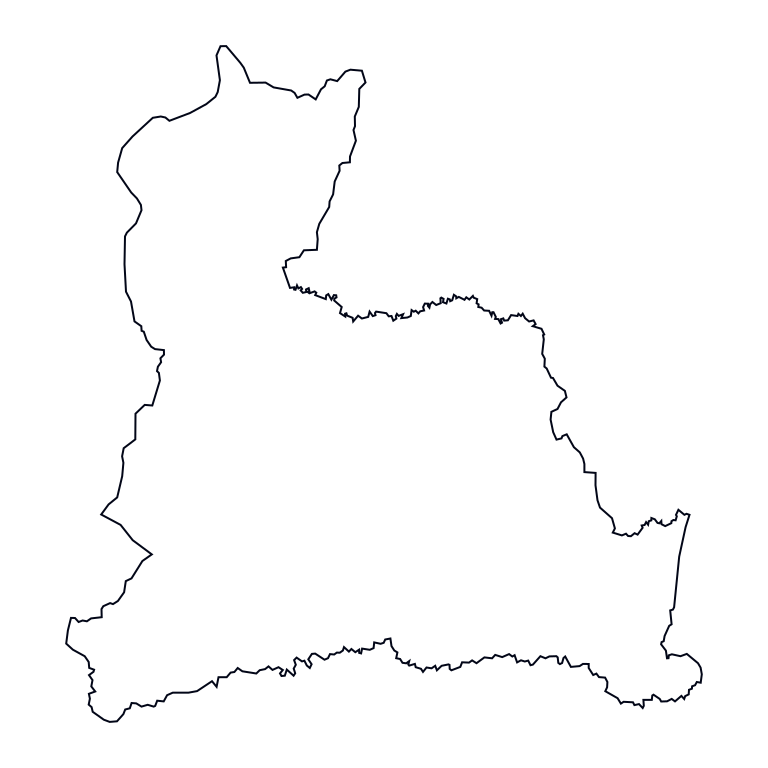 outline of Nong Khayang, Uthai Thani, Thailand
{"feature_id": "78962969B47867684933269", "entity_name": "Nong Khayang", "entity_type": "district", "adm_level": 2, "iso_a3": "THA", "parent_name": "Thailand", "parent_adm1": "Uthai Thani", "projection": "natural_earth1", "projection_center": [99.965, 15.364], "detail": "fine", "context": "isolated", "style": "outline", "palette": "ink", "viewbox_px": 768, "rotation_deg": 0, "n_neighbors": 0, "source": "geoboundaries", "source_scale": "gbopen_adm2", "svg_char_len": 6076}
<svg xmlns="http://www.w3.org/2000/svg" viewBox="0 0 768 768"><path d="M361.9,70.7L350.4,69.7L345.4,71.6L337.2,81.1L330.4,79.3L326.9,80.5L324.7,86.3L321.0,89.3L315.7,99.4L308.5,94.5L304.5,94.6L297.4,97.8L294.6,92.9L291.2,90.5L273.6,87.4L265.6,82.6L250.0,82.8L243.8,67.7L240.3,62.8L226.2,46.1L220.5,46.2L216.5,55.4L219.9,80.2L217.7,92.1L215.4,96.8L206.3,104.1L190.0,113.0L169.4,120.8L165.4,117.5L160.8,116.5L152.8,117.8L132.5,136.5L122.2,148.1L118.1,162.6L117.2,172.1L131.2,192.5L136.9,198.4L140.9,204.9L141.5,210.2L136.0,223.4L126.9,232.6L125.0,236.4L124.5,264.2L126.0,291.7L131.0,301.5L134.5,321.4L141.3,326.2L141.6,330.8L143.8,331.7L146.6,340.0L151.2,346.7L155.0,349.1L163.9,350.1L164.0,354.6L160.4,358.3L161.1,362.2L157.9,366.7L157.0,371.1L158.9,372.9L159.9,380.5L152.3,405.5L144.7,404.9L135.5,413.7L135.3,439.4L123.7,448.2L122.1,456.3L123.4,462.8L122.2,476.2L117.2,497.4L108.6,504.4L101.2,514.5L120.6,524.9L132.7,540.2L151.8,554.4L142.4,561.0L131.5,578.4L125.8,581.1L124.1,592.3L117.9,601.0L113.0,604.1L110.1,603.1L103.3,606.2L101.5,609.1L101.7,617.2L91.1,618.4L86.9,621.3L82.6,620.5L78.6,622.0L75.0,618.0L71.0,617.9L67.9,630.4L66.2,643.6L72.9,649.7L84.7,656.2L88.7,662.0L89.2,667.9L94.1,669.7L93.5,671.8L89.0,675.1L92.5,680.1L91.3,686.4L95.2,691.5L88.9,693.8L89.9,698.7L88.7,704.6L91.6,707.1L92.7,711.8L103.8,719.7L109.7,721.9L117.0,721.3L123.4,714.1L125.2,709.5L129.8,708.3L131.6,703.0L136.3,703.4L141.5,706.6L147.7,704.8L153.7,706.6L155.2,705.9L157.2,700.7L163.7,701.4L167.1,695.2L172.7,692.7L188.3,692.7L197.1,691.1L212.0,681.2L216.6,686.8L218.5,677.2L226.7,677.2L230.6,672.6L234.4,672.0L237.7,668.0L242.4,671.3L256.3,673.5L259.7,670.2L265.1,669.1L268.5,666.4L272.5,669.9L278.5,667.2L282.8,670.0L280.0,673.4L281.5,676.0L284.8,675.7L286.8,669.6L293.6,675.7L295.2,673.3L293.7,668.6L295.8,664.8L294.1,660.1L296.6,657.6L302.0,661.4L304.4,660.7L306.8,665.5L309.8,668.0L311.6,664.2L308.3,659.3L311.9,653.9L315.2,653.6L324.5,659.7L328.0,658.2L330.0,654.1L334.2,654.5L336.8,652.6L339.8,652.7L342.9,650.5L344.0,647.1L348.9,651.6L351.4,649.0L355.3,652.2L359.1,649.7L359.2,652.9L361.1,653.4L362.1,648.6L369.8,649.8L373.6,648.1L374.2,642.4L380.6,643.8L383.7,642.8L385.2,639.5L390.4,638.5L391.5,646.1L394.3,650.5L397.4,652.4L396.2,658.2L400.1,659.0L402.5,662.8L406.2,663.3L409.2,661.1L408.3,664.5L409.2,665.6L414.9,663.9L415.7,667.2L421.0,668.8L423.0,671.9L426.5,667.5L431.6,668.3L435.2,665.8L436.9,670.3L441.6,665.8L448.5,664.4L449.5,664.9L449.7,668.9L451.4,670.3L460.3,666.9L462.1,662.3L469.0,662.6L472.1,660.4L476.5,663.2L484.4,657.4L492.1,658.3L495.2,654.9L502.2,657.1L509.1,654.1L512.3,656.5L514.6,655.2L517.1,662.4L521.0,660.3L524.8,661.5L528.2,660.6L530.5,665.2L532.9,664.6L540.4,656.2L545.5,658.3L549.4,656.4L556.4,656.2L557.7,657.4L558.3,662.9L559.9,664.1L562.1,663.0L563.5,658.0L565.2,656.5L570.9,666.9L579.6,666.1L583.0,663.9L588.7,664.0L588.7,668.0L593.2,675.0L596.4,673.6L599.0,677.1L605.1,677.6L607.4,682.0L607.1,687.3L605.3,691.2L617.6,698.2L620.9,703.6L623.6,701.8L633.0,702.3L634.4,705.1L639.0,704.1L642.7,708.0L643.8,705.8L643.4,699.9L651.8,699.9L652.3,695.5L653.5,694.7L659.7,698.9L661.2,701.5L667.1,701.3L671.7,698.9L675.0,701.4L681.4,695.9L684.2,699.0L685.2,696.1L688.7,694.4L689.0,689.8L691.9,688.7L692.1,686.3L695.1,685.2L696.8,682.0L700.7,682.7L701.8,674.3L700.6,667.6L698.0,663.2L686.8,653.9L680.5,656.2L671.9,654.3L668.8,655.3L668.5,658.2L667.0,658.3L665.9,650.6L661.1,644.3L661.6,642.1L663.7,641.2L664.6,636.0L669.2,625.8L671.6,624.3L670.2,610.4L672.9,609.6L674.1,607.3L679.2,556.6L685.6,527.1L689.5,514.8L686.5,513.8L684.4,514.8L678.4,509.8L676.0,514.9L676.8,516.3L675.6,520.3L673.4,520.0L671.5,521.2L671.3,523.2L665.2,526.1L661.5,524.2L661.3,521.0L659.3,523.3L657.5,522.9L654.8,519.3L651.4,518.0L651.3,520.4L648.8,521.2L648.1,524.7L646.1,522.1L644.6,525.0L641.7,525.5L642.6,527.8L637.6,534.6L634.6,533.2L630.9,536.2L628.1,536.0L626.0,533.7L621.9,535.4L612.8,532.6L614.9,528.4L612.0,518.2L600.0,507.6L597.5,500.3L595.5,485.3L595.6,472.9L584.4,472.1L584.4,464.0L583.1,458.6L579.8,452.4L573.9,447.2L566.7,434.3L562.4,436.1L561.5,438.4L556.5,439.6L553.2,432.2L550.6,419.6L551.4,411.8L557.5,409.0L561.0,402.3L566.5,397.4L564.9,390.9L557.5,385.7L553.0,378.0L551.0,377.7L546.7,368.5L544.4,366.6L544.8,358.7L542.2,353.9L543.8,339.3L543.0,335.2L544.2,334.5L541.5,328.8L532.8,326.2L535.6,324.1L533.6,320.4L529.1,321.5L525.1,318.2L522.7,313.7L520.9,316.0L518.4,313.8L517.5,316.0L511.1,315.1L507.9,320.3L504.2,320.6L503.3,318.4L500.9,319.2L502.0,322.7L500.6,323.5L498.3,319.1L495.1,318.9L495.8,316.9L493.5,312.2L492.3,312.2L491.5,315.7L489.1,310.8L484.1,310.5L481.6,307.7L478.3,307.0L478.6,304.4L476.6,303.3L477.2,299.1L473.7,297.7L472.9,295.9L469.3,299.5L466.3,297.3L464.5,299.8L458.8,296.9L456.3,298.3L456.2,296.4L453.9,294.8L452.2,300.3L450.2,301.2L449.8,299.4L447.9,298.7L446.4,303.5L443.0,302.2L443.6,298.9L441.3,297.6L440.4,298.3L440.7,303.2L436.2,305.0L432.4,302.0L430.1,304.4L429.4,307.7L427.9,305.9L428.2,303.7L424.8,303.6L423.1,307.1L424.1,310.5L420.2,311.3L418.4,313.4L415.7,310.7L413.8,311.7L411.6,310.1L410.8,316.0L407.4,317.5L401.4,318.1L403.1,314.2L398.6,315.9L396.9,313.9L395.8,316.1L396.4,318.6L393.3,320.7L391.5,316.0L388.7,316.3L386.4,313.2L376.1,311.6L375.0,313.0L375.5,315.2L372.8,316.1L369.6,311.6L368.2,316.9L361.9,318.5L358.1,315.7L353.2,321.5L352.6,317.8L347.1,315.6L346.4,313.3L345.1,313.7L345.2,316.5L340.0,313.1L341.7,307.0L334.2,300.5L334.4,298.6L336.5,297.4L336.2,295.3L333.9,295.1L331.4,299.7L328.3,294.1L326.2,295.4L325.8,299.1L315.2,295.1L316.3,292.7L314.6,291.4L309.4,293.3L307.5,291.8L309.4,291.2L308.7,288.2L306.0,289.5L306.3,292.0L302.8,292.8L300.7,290.4L302.1,288.9L300.9,287.1L298.4,288.4L297.0,285.4L295.5,289.8L294.1,289.5L294.1,287.3L290.0,287.9L282.9,267.6L286.1,267.2L285.8,261.0L290.7,258.4L299.4,257.2L303.9,250.3L316.9,249.8L317.7,239.2L316.9,232.2L319.3,223.8L329.2,207.0L329.6,201.4L333.1,194.4L334.7,181.5L339.6,170.8L339.3,165.5L342.4,163.0L349.9,162.3L350.0,156.5L355.9,140.7L353.5,130.0L355.0,126.2L354.8,116.5L358.8,106.9L359.3,88.9L365.5,82.5L361.9,70.7Z" fill="none" stroke="#020617" stroke-width="2"/></svg>